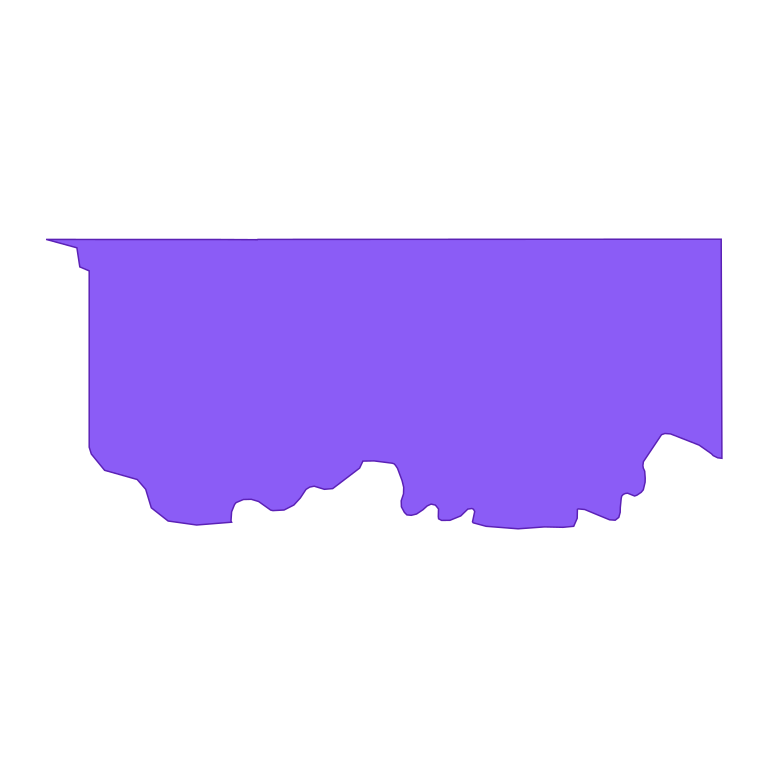 Choctaw, Oklahoma, United States of America (Natural Earth projection)
{"feature_id": "52423323B93718948099955", "entity_name": "Choctaw", "entity_type": "district", "adm_level": 2, "iso_a3": "USA", "parent_name": "United States of America", "parent_adm1": "Oklahoma", "projection": "natural_earth1", "projection_center": [-95.519, 34.012], "detail": "fine", "context": "isolated", "style": "filled", "palette": "violet", "viewbox_px": 768, "rotation_deg": 0, "n_neighbors": 0, "source": "geoboundaries", "source_scale": "gbopen_adm2", "svg_char_len": 1398}
<svg xmlns="http://www.w3.org/2000/svg" viewBox="0 0 768 768"><path d="M217.6,239.5L104.7,239.5L46.1,239.4L76.9,247.8L79.8,266.9L89.2,270.9L89.2,447.2L91.3,454.0L104.6,470.3L137.2,479.5L145.7,489.3L151.3,507.8L168.1,521.0L196.6,525.0L231.6,522.2L231.0,520.8L231.6,511.8L234.5,504.6L236.1,502.6L243.4,499.5L251.3,499.3L258.6,501.5L270.7,510.1L272.9,510.6L284.1,510.0L293.9,505.0L300.3,498.0L306.0,489.4L309.7,487.1L314.2,486.2L324.3,489.3L332.7,488.6L359.6,468.1L362.9,461.1L374.0,460.9L392.2,463.2L394.1,463.8L395.4,465.2L397.5,468.3L402.1,480.7L403.7,487.3L403.5,493.9L401.2,500.8L401.4,506.8L404.4,512.4L406.9,514.9L411.3,515.3L416.6,514.0L423.0,509.7L427.2,505.9L431.1,504.1L435.4,505.1L438.5,508.9L438.3,516.6L438.6,518.8L441.6,520.4L450.0,520.3L460.8,515.9L467.8,509.1L471.9,508.5L473.5,509.3L474.7,511.5L472.5,521.8L473.2,522.8L486.1,526.3L518.1,528.8L544.5,526.9L563.0,527.3L573.7,526.3L577.2,518.3L577.4,509.4L578.3,508.9L584.7,509.5L597.7,514.9L609.6,519.8L615.2,520.2L618.8,517.4L620.2,512.3L620.3,507.6L621.2,498.5L621.7,496.1L623.3,494.4L625.3,493.5L627.6,493.2L634.6,496.0L636.9,495.2L641.2,492.3L643.3,489.8L645.1,482.2L645.2,478.2L644.7,471.2L643.3,468.1L642.9,465.6L643.4,461.7L661.5,434.7L664.9,433.5L670.5,433.9L699.1,445.1L711.5,453.8L713.2,455.6L717.7,457.8L721.9,458.3L721.2,239.2L257.8,239.4L257.5,239.7L217.6,239.5Z" fill="#8b5cf6" stroke="#5b21b6" stroke-width="1.5"/></svg>